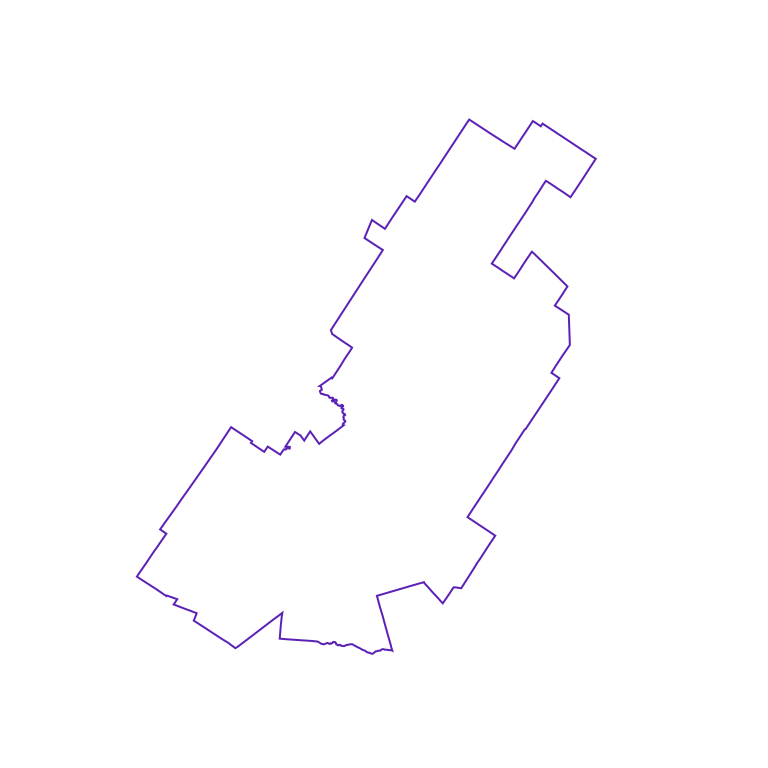 outline of General San Martín, Córdoba, Argentina, rotated 201°
{"feature_id": "61730980B38131446935101", "entity_name": "General San Martín", "entity_type": "district", "adm_level": 2, "iso_a3": "ARG", "parent_name": "Argentina", "parent_adm1": "Córdoba", "projection": "albers", "projection_center": [-63.24, -32.573], "detail": "fine", "context": "isolated", "style": "outline", "palette": "violet", "viewbox_px": 768, "rotation_deg": 201, "n_neighbors": 0, "source": "geoboundaries", "source_scale": "gbopen_adm2", "svg_char_len": 6110}
<svg xmlns="http://www.w3.org/2000/svg" viewBox="0 0 768 768"><g transform="rotate(201 384 384)"><path d="M394.5,660.4L399.2,661.4L400.5,655.9L404.9,635.8L406.8,627.2L409.8,613.4L410.6,609.7L411.4,606.2L412.2,602.8L413.2,598.2L415.2,589.3L418.5,574.0L420.6,565.3L430.2,567.5L431.6,561.4L436.3,540.7L438.7,529.2L447.3,531.2L454.0,532.8L454.1,530.3L454.4,518.5L454.5,513.3L442.4,510.6L433.1,508.7L433.7,505.7L434.9,499.9L441.1,471.1L447.7,439.9L452.9,415.3L450.3,412.1L444.2,410.6L435.8,408.6L431.1,407.6L426.8,406.5L427.6,402.3L429.7,393.4L431.0,386.2L431.8,382.3L434.3,370.8L435.2,371.3L443.2,359.2L442.6,359.4L442.4,359.0L442.0,358.9L441.8,358.7L441.5,358.3L441.2,358.0L440.8,357.7L440.5,357.1L440.4,356.8L440.1,356.4L440.0,356.1L440.3,355.8L440.6,355.6L441.2,354.8L441.3,354.4L441.2,354.1L441.0,353.9L440.6,353.6L440.4,353.4L440.0,352.9L439.8,352.6L439.3,352.4L438.7,352.4L437.9,352.6L437.3,352.8L437.0,352.6L436.6,352.5L435.8,352.8L434.6,352.8L434.0,352.9L433.3,353.1L432.6,353.2L432.0,353.2L431.5,353.0L431.0,352.8L430.5,352.1L430.3,351.8L429.8,351.7L429.3,351.7L429.0,351.9L428.8,352.2L427.8,352.4L427.4,352.6L426.9,352.8L426.4,352.6L426.2,352.1L426.2,351.8L426.2,351.5L426.1,351.1L426.2,350.6L426.7,349.9L426.6,349.7L426.4,349.5L426.2,349.3L425.8,349.3L425.3,349.4L425.0,349.7L424.9,350.2L424.7,350.7L424.4,351.3L424.2,351.7L423.9,352.0L423.1,352.2L422.7,352.2L422.4,352.0L422.2,351.7L422.3,351.4L422.3,351.1L422.2,350.9L422.2,350.7L422.2,350.2L422.7,349.7L423.0,349.3L423.0,348.9L422.6,348.6L422.2,348.5L421.7,348.5L421.2,348.5L420.4,348.4L419.5,347.6L419.0,347.5L418.5,347.7L418.1,347.6L417.5,347.6L417.2,347.8L416.8,348.2L416.2,349.3L415.4,349.4L414.8,349.3L414.2,348.8L414.2,348.6L414.7,348.5L415.0,348.1L415.2,347.8L415.3,347.5L415.3,346.7L415.1,346.1L414.8,346.0L414.5,346.1L414.2,346.3L413.6,346.3L413.2,346.2L412.8,346.0L412.6,345.7L412.7,345.4L412.7,345.1L412.9,344.3L413.1,343.7L413.0,343.2L412.8,342.8L412.3,342.5L411.7,342.1L411.4,342.0L411.0,341.7L410.6,341.9L409.8,341.8L409.4,341.6L409.1,341.1L409.2,340.8L409.7,340.3L410.0,340.0L410.2,339.6L410.2,339.1L410.1,338.7L409.8,338.2L409.3,337.8L409.3,337.0L408.9,336.4L408.6,336.2L408.1,336.1L407.7,335.8L407.2,335.7L406.7,335.4L406.8,334.8L407.0,334.2L407.5,333.1L408.0,332.6L408.1,332.1L408.1,331.8L407.9,331.3L407.5,331.2L407.0,331.1L406.8,331.1L412.3,322.2L416.4,315.9L419.7,310.7L423.1,304.9L429.1,308.8L435.9,313.3L438.2,302.6L443.5,306.0L449.9,307.3L453.6,290.2L449.4,291.5L448.9,290.0L452.1,289.0L452.1,287.7L454.1,287.1L455.6,280.9L470.1,283.9L471.5,277.7L487.1,281.3L486.6,283.4L497.2,285.8L511.3,288.9L517.0,263.0L520.8,247.5L523.4,237.0L529.8,211.4L530.3,209.7L531.9,203.4L534.3,193.5L536.3,185.9L539.0,175.6L540.9,168.0L533.5,166.2L536.5,154.2L536.7,153.1L538.2,147.1L538.5,146.3L539.4,142.4L540.3,138.4L542.0,130.9L545.2,117.9L545.6,115.6L540.7,114.5L524.3,111.1L511.1,108.0L510.9,108.7L499.9,109.0L501.3,102.8L494.6,102.8L490.3,102.8L482.9,102.9L476.8,102.9L476.7,101.6L476.8,94.9L465.8,92.6L445.0,88.1L436.5,86.5L428.1,84.1L426.8,85.7L420.5,95.8L418.6,99.0L416.8,101.8L412.6,108.7L405.5,120.2L402.0,125.9L400.0,128.9L398.8,130.8L396.9,133.9L396.1,130.1L393.2,119.4L391.9,115.1L391.1,112.3L390.5,110.3L390.1,108.9L384.1,110.6L378.2,112.4L377.0,112.8L371.3,114.5L361.1,117.7L355.4,119.3L353.9,119.7L353.5,119.8L353.3,119.8L352.4,119.5L351.4,119.5L350.9,119.3L349.9,119.1L349.6,119.0L349.0,119.0L348.0,119.3L347.3,119.3L346.8,119.4L346.3,119.9L345.9,120.3L344.9,121.2L344.5,121.6L343.9,122.0L343.6,122.0L343.2,122.0L342.8,122.0L341.9,121.8L341.5,121.9L341.3,122.0L341.3,122.4L341.1,122.7L340.8,122.8L340.5,122.8L340.1,122.8L339.8,123.2L339.4,123.7L339.2,124.1L339.2,124.7L338.9,125.0L338.6,125.0L338.3,125.1L338.1,125.2L337.8,125.4L337.5,125.5L337.2,125.5L336.9,125.4L336.5,125.1L336.3,124.9L336.0,124.8L335.9,124.6L335.8,124.4L335.5,124.3L335.5,124.1L335.3,123.9L335.0,123.8L334.6,123.7L334.3,123.8L333.7,123.8L333.3,123.6L333.0,123.6L332.6,123.8L332.4,124.2L332.0,124.6L331.7,124.7L331.0,124.7L330.3,124.3L330.1,124.3L329.1,124.6L328.5,124.6L328.0,124.8L327.3,125.0L326.7,125.4L326.4,126.0L326.0,126.5L325.6,126.8L324.9,127.2L324.1,127.6L323.3,128.3L323.1,128.5L322.4,128.7L321.8,129.0L321.2,129.4L320.2,129.7L319.5,129.6L318.9,129.4L317.4,129.2L316.8,129.2L315.8,129.0L314.1,128.8L312.8,128.8L311.1,128.5L310.0,128.4L308.8,128.1L307.2,128.2L306.0,128.2L304.4,127.7L302.5,127.5L301.3,127.9L299.5,127.8L298.6,127.8L297.9,128.1L296.7,129.9L296.4,130.8L295.8,131.6L294.9,131.9L294.4,132.3L294.0,132.8L292.7,133.4L292.1,133.6L291.3,135.1L290.6,135.7L289.3,136.3L288.1,136.3L286.9,136.6L286.4,136.9L285.6,136.9L284.7,137.3L283.9,137.3L283.1,137.7L282.2,138.0L280.7,138.0L283.0,141.0L284.2,142.8L290.7,151.4L294.1,156.0L299.1,162.8L300.9,165.3L303.6,168.9L307.7,174.1L314.7,183.7L295.4,198.4L285.3,206.1L275.7,213.3L275.2,212.7L269.7,210.0L266.2,208.1L262.7,206.3L259.0,204.6L256.0,203.1L253.3,201.6L250.5,200.3L250.1,202.1L247.9,211.2L246.2,219.1L244.3,219.8L238.7,221.0L237.5,226.9L233.9,244.6L232.9,250.4L231.7,255.1L228.1,272.2L225.8,282.3L258.3,289.6L256.2,299.5L254.0,309.4L252.9,314.5L252.0,318.2L249.8,328.2L248.1,336.2L246.5,343.4L244.8,351.6L242.4,362.3L241.2,367.9L239.8,376.1L236.3,392.1L235.6,392.7L234.8,396.4L225.7,437.0L222.4,452.3L231.7,454.4L230.2,462.2L227.6,474.0L224.8,485.6L224.5,487.1L236.3,514.9L244.0,516.6L244.3,516.6L245.1,516.8L252.6,518.4L251.7,522.2L250.3,528.4L249.0,534.7L247.7,540.8L264.7,548.3L291.1,559.7L293.4,560.5L295.5,551.6L297.0,544.9L298.7,536.6L300.4,529.2L302.3,529.7L304.0,530.0L309.7,531.3L313.1,532.0L316.8,532.9L325.0,534.7L326.5,535.0L324.6,543.5L322.8,551.6L322.3,554.3L320.4,562.9L320.0,565.0L317.7,575.2L314.2,590.9L313.7,593.0L311.3,604.5L310.8,606.7L310.5,608.8L310.1,611.5L308.2,619.7L306.9,626.5L305.7,631.7L301.1,630.8L292.0,628.7L284.9,627.2L276.8,625.2L275.7,630.1L275.3,631.8L274.1,637.2L271.7,648.1L270.7,652.9L267.0,670.1L275.5,672.0L290.6,675.3L299.0,677.2L311.7,680.0L321.1,682.1L329.3,683.9L330.0,680.8L335.7,682.1L339.3,682.8L340.3,677.8L342.1,669.8L343.4,664.1L346.4,650.4L358.9,652.8L375.3,656.2L394.5,660.4Z" fill="none" stroke="#5b21b6" stroke-width="2"/></g></svg>